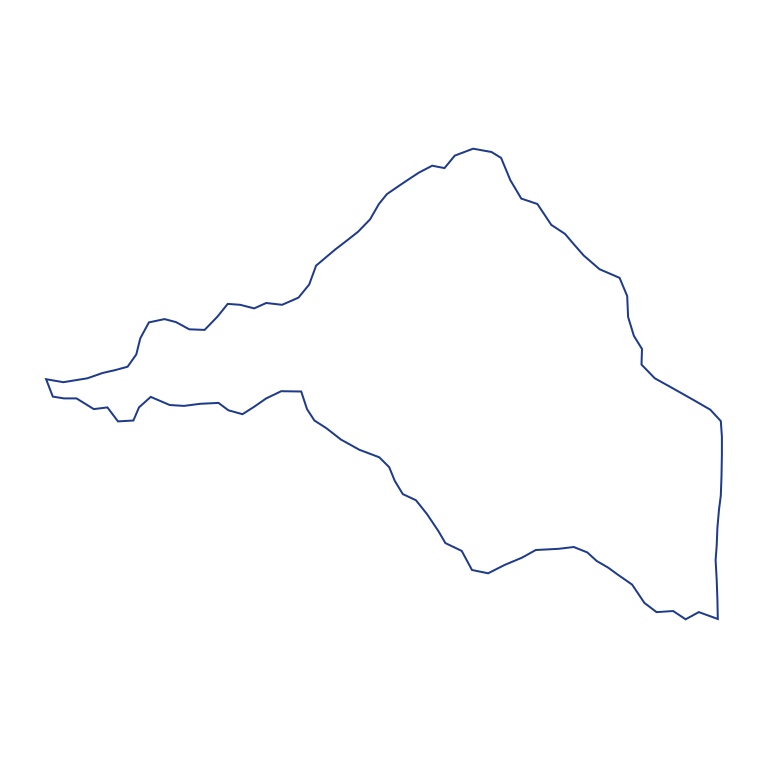 the district of Morro da Fumaça, Santa Catarina, Brazil
{"feature_id": "56859067B42300918373881", "entity_name": "Morro da Fumaça", "entity_type": "district", "adm_level": 2, "iso_a3": "BRA", "parent_name": "Brazil", "parent_adm1": "Santa Catarina", "projection": "equal_earth", "projection_center": [-49.259, -28.637], "detail": "fine", "context": "isolated", "style": "outline", "palette": "blue", "viewbox_px": 768, "rotation_deg": 0, "n_neighbors": 0, "source": "geoboundaries", "source_scale": "gbopen_adm2", "svg_char_len": 1547}
<svg xmlns="http://www.w3.org/2000/svg" viewBox="0 0 768 768"><path d="M46.1,379.2L52.8,396.6L64.0,398.4L76.5,398.4L93.8,409.1L107.4,407.4L118.0,421.4L133.4,420.5L139.0,407.4L150.7,396.9L169.7,405.0L184.0,405.9L200.2,403.8L218.5,402.9L228.4,410.3L242.5,414.2L254.1,406.8L266.2,398.4L281.2,391.2L301.2,391.5L307.0,409.1L314.4,420.5L326.5,428.3L341.0,439.6L359.4,449.8L379.3,457.3L389.2,467.2L394.8,480.9L402.8,494.1L416.0,500.3L427.0,514.1L438.4,531.1L445.4,543.1L461.7,550.9L472.0,570.0L488.1,573.3L504.7,564.9L521.9,557.7L535.8,550.0L547.7,549.4L558.7,548.8L573.7,547.0L587.3,552.4L596.7,561.0L608.1,567.6L618.0,574.8L632.1,584.6L644.4,602.9L656.5,612.1L673.1,611.0L685.6,619.3L698.8,612.1L717.8,619.0L717.4,599.3L716.7,579.9L715.6,560.1L716.7,545.5L717.4,527.8L719.0,509.6L720.8,495.6L721.5,476.4L721.9,454.3L721.9,436.7L720.8,421.1L710.3,409.7L694.4,400.5L674.2,389.1L654.8,378.3L641.5,364.6L642.0,349.0L633.9,335.9L628.1,317.0L627.2,296.1L619.6,277.9L599.5,269.2L583.6,255.4L573.7,244.1L565.0,233.9L551.3,224.9L537.4,204.0L521.3,198.6L510.3,180.1L501.1,157.9L491.5,152.0L473.1,148.7L454.8,155.6L444.5,168.1L432.2,165.7L418.9,172.6L409.3,178.9L399.0,185.8L386.9,194.1L378.9,204.0L370.1,219.3L358.0,231.8L347.3,240.2L335.2,249.5L316.1,265.6L309.2,284.5L298.5,297.6L282.1,304.8L266.2,303.0L254.1,308.4L240.2,304.8L227.7,303.9L217.4,316.7L204.6,329.9L189.2,329.3L176.0,322.1L164.5,319.1L148.9,322.4L140.3,338.3L136.3,354.4L127.6,366.7L115.5,370.0L102.5,373.0L87.3,378.3L63.3,382.2L46.1,379.2Z" fill="none" stroke="#1e3a8a" stroke-width="2"/></svg>